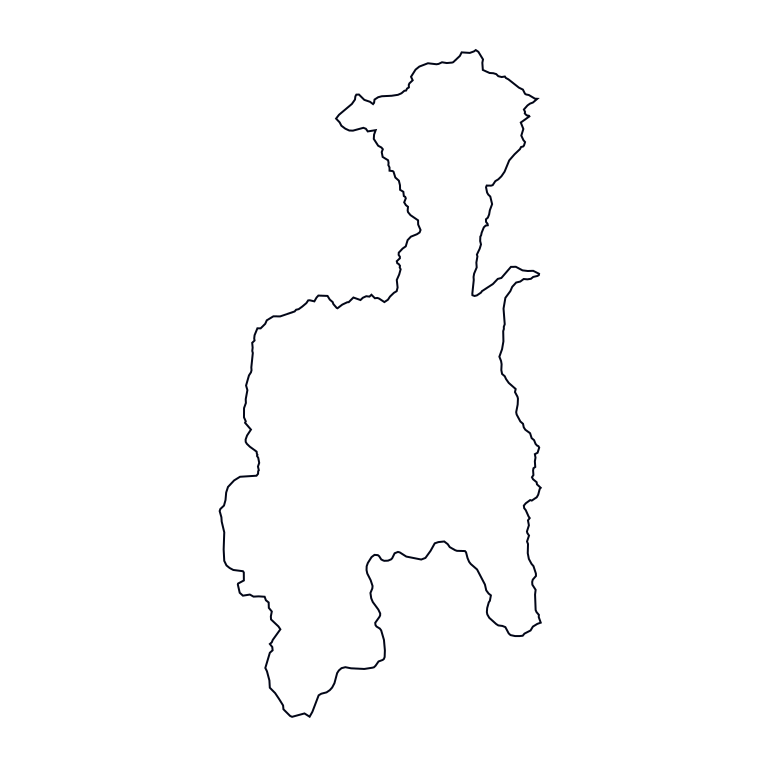 outline of Sephu, Wangdi Phodrang, Bhutan, rotated 176°
{"feature_id": "84629894B46369829894621", "entity_name": "Sephu", "entity_type": "district", "adm_level": 2, "iso_a3": "BTN", "parent_name": "Bhutan", "parent_adm1": "Wangdi Phodrang", "projection": "mercator", "projection_center": [90.34, 27.763], "detail": "fine", "context": "isolated", "style": "outline", "palette": "ink", "viewbox_px": 768, "rotation_deg": 176, "n_neighbors": 0, "source": "geoboundaries", "source_scale": "gbopen_adm2", "svg_char_len": 6147}
<svg xmlns="http://www.w3.org/2000/svg" viewBox="0 0 768 768"><g transform="rotate(176 384 384)"><path d="M498.9,58.4L486.3,60.9L481.4,57.3L478.3,62.0L470.9,78.0L468.2,79.4L462.8,80.4L459.4,82.4L456.9,84.8L454.3,89.0L450.9,98.9L449.0,101.4L446.2,103.5L442.3,104.2L436.8,102.7L423.5,101.1L415.4,101.8L413.8,102.1L412.1,103.5L408.8,107.6L404.6,108.8L403.3,109.7L402.4,111.6L401.7,118.2L401.9,128.7L404.0,138.4L405.2,140.3L408.4,142.6L409.3,144.1L409.4,146.4L404.8,152.0L404.0,153.4L403.8,155.4L405.4,159.4L410.4,167.3L411.7,171.2L412.1,176.5L409.9,180.9L409.5,183.3L411.0,189.2L413.9,196.1L414.4,199.6L414.0,203.4L412.6,206.6L408.5,212.2L405.4,214.2L402.1,213.7L400.8,212.5L399.0,209.2L397.6,208.3L396.1,207.6L392.3,207.5L389.1,208.6L388.0,209.6L385.2,214.4L381.8,215.5L380.0,214.9L373.8,210.3L359.1,206.3L354.8,207.6L349.2,214.3L344.5,221.5L340.8,222.5L334.9,222.7L331.6,219.8L329.8,216.7L324.7,213.3L322.9,212.5L314.9,211.7L313.9,210.4L312.8,204.5L311.5,200.7L310.0,198.4L304.1,192.5L297.3,176.9L296.4,171.0L294.3,167.7L292.1,165.7L293.5,160.4L294.7,158.9L296.7,153.3L297.3,149.3L297.0,146.9L295.3,143.4L288.8,136.7L286.8,135.2L282.8,134.4L279.9,133.0L277.0,126.5L275.3,124.7L270.8,123.4L266.2,123.1L263.2,123.2L261.3,125.2L255.0,127.9L252.4,131.6L247.8,134.0L244.3,135.0L245.9,140.7L245.6,142.9L247.7,145.7L248.5,147.9L248.0,163.4L247.1,168.1L250.0,173.4L250.0,176.2L249.2,178.5L245.8,181.9L245.7,184.3L247.6,191.9L249.4,194.3L251.7,199.4L252.4,205.2L251.5,214.3L252.3,216.9L249.9,222.7L251.4,225.3L251.7,226.9L249.3,232.9L249.9,237.9L248.0,240.1L249.0,241.7L251.4,248.3L252.8,250.3L253.0,252.9L250.9,255.1L246.3,258.0L244.7,257.4L239.5,260.4L237.9,262.8L236.0,268.4L234.9,269.5L238.4,273.2L238.6,275.4L242.0,278.6L242.9,280.7L241.3,282.7L241.3,287.3L240.8,289.5L238.9,290.7L238.9,296.4L238.0,299.9L238.4,303.5L235.6,304.7L233.6,309.7L234.3,311.2L235.6,311.9L237.0,313.7L238.2,317.5L240.5,319.7L241.7,324.7L246.2,328.5L247.6,331.0L248.1,334.6L250.6,337.1L253.8,344.3L254.1,346.7L252.1,354.1L251.4,360.0L251.7,361.9L253.9,366.8L253.0,369.8L259.5,376.4L261.9,380.4L263.0,383.3L265.5,385.8L266.0,389.7L265.3,395.6L265.6,398.7L267.0,403.2L263.8,410.5L261.9,418.2L261.4,428.4L260.6,430.5L260.5,432.7L259.4,435.2L259.5,450.9L256.9,461.5L251.5,467.8L249.3,472.0L245.1,476.0L240.9,476.7L237.3,479.0L233.7,478.4L230.1,478.7L227.7,480.4L223.3,481.1L221.9,481.9L221.6,483.1L227.3,486.5L232.7,486.7L237.9,487.7L244.3,491.7L249.2,492.0L259.5,481.6L263.2,480.9L268.3,476.2L279.8,469.8L280.9,468.4L285.2,465.9L287.5,465.5L289.6,466.4L289.6,467.9L287.2,481.5L287.2,484.5L286.4,487.8L283.4,493.8L283.4,498.7L281.9,504.8L282.3,506.6L279.1,512.3L277.5,516.5L278.1,519.9L277.6,524.4L276.8,525.4L276.0,528.2L273.5,533.3L271.6,534.9L269.4,535.1L269.5,536.5L270.9,538.6L270.8,541.2L268.8,542.7L267.3,545.8L266.3,549.9L263.6,555.9L264.9,563.6L266.8,565.7L267.8,567.8L268.5,573.2L267.7,574.8L263.4,574.4L261.7,574.8L258.8,578.6L255.7,580.2L252.4,583.0L248.9,587.4L243.5,598.3L237.8,604.0L232.0,608.8L230.8,610.8L228.5,611.3L227.7,612.2L226.4,615.5L227.9,617.5L229.7,622.2L227.2,628.7L229.3,635.3L220.3,640.8L220.6,641.4L223.0,642.1L224.7,644.1L224.3,645.6L225.3,648.1L221.4,651.9L218.8,653.5L215.8,654.4L211.2,657.8L213.5,658.1L219.4,662.2L222.0,662.9L223.1,663.7L224.9,668.0L228.7,670.2L238.6,679.2L241.1,680.8L242.0,682.3L245.2,682.0L248.5,683.1L250.4,685.3L253.3,686.4L257.0,686.9L263.5,690.4L263.5,697.6L262.6,700.9L266.7,708.8L269.2,710.7L271.1,709.5L275.3,708.3L283.4,709.4L285.4,706.0L292.5,700.2L293.6,699.9L299.0,699.8L303.7,700.9L307.2,699.5L309.3,699.3L317.8,700.9L326.6,698.2L330.6,695.4L335.6,688.6L334.2,685.0L337.7,682.1L338.4,680.7L338.5,678.1L340.4,677.1L341.5,675.2L343.2,675.1L346.3,672.8L349.9,671.5L356.3,671.0L366.1,671.2L369.8,670.5L373.6,668.4L374.3,665.2L375.4,664.0L378.3,666.5L383.8,668.8L388.8,674.5L391.4,674.6L392.5,672.9L393.1,669.8L396.5,665.6L410.1,655.7L413.3,652.1L410.0,648.1L408.5,644.6L404.8,641.4L401.0,639.3L397.3,638.9L386.7,641.0L384.3,639.9L382.6,637.1L374.6,637.8L376.5,633.5L377.1,629.2L373.2,622.1L370.1,620.1L368.8,618.3L370.1,615.5L369.5,610.6L364.3,606.9L364.0,604.2L364.4,602.1L363.4,599.6L363.6,596.4L360.5,595.8L359.7,595.1L358.3,589.2L355.0,585.8L354.2,581.2L354.4,576.6L351.3,574.4L351.1,570.1L349.8,569.2L349.3,567.7L351.2,563.8L349.7,560.9L347.7,559.1L348.3,555.3L348.0,553.7L345.8,550.6L338.6,544.9L338.8,540.7L336.8,535.1L337.9,532.7L340.7,531.1L346.9,529.1L350.4,525.9L352.7,519.8L356.0,517.8L360.1,514.0L360.4,511.8L359.3,509.9L359.4,508.3L362.7,505.6L362.3,503.5L361.0,502.7L359.8,500.8L360.2,499.2L359.4,497.3L361.2,492.2L364.0,486.9L363.7,479.3L364.9,475.7L367.7,474.3L371.9,470.8L374.2,467.8L377.9,465.7L383.0,469.6L384.6,470.3L387.1,470.2L390.3,473.9L392.4,472.2L395.6,472.8L399.1,471.5L401.6,469.4L408.5,472.4L413.5,468.1L415.0,468.1L420.1,466.1L425.1,462.8L425.9,463.2L428.9,467.2L429.5,469.3L432.2,472.0L434.2,475.8L443.3,476.8L445.3,474.9L447.7,471.3L452.2,472.7L453.8,472.7L455.8,470.1L460.2,466.9L463.9,464.6L466.5,464.2L468.1,462.6L482.8,458.7L489.7,459.2L496.5,455.7L498.3,452.3L503.2,448.1L506.4,448.4L509.7,441.7L510.3,438.5L510.1,436.4L512.6,434.3L512.5,429.4L513.1,426.2L512.7,424.1L515.2,409.8L515.2,407.0L515.9,404.9L518.1,402.0L521.7,392.1L520.7,387.4L523.0,378.5L523.1,374.7L525.3,369.7L526.0,360.5L524.5,356.4L525.3,355.0L519.9,347.8L524.2,342.2L525.9,338.3L526.0,335.9L525.0,333.9L522.2,330.8L515.8,325.4L515.7,323.2L515.2,322.2L515.7,321.1L514.6,319.1L514.0,314.0L515.5,310.4L514.9,306.7L515.6,305.8L515.9,303.2L517.6,301.4L534.1,301.5L540.2,298.3L546.8,292.2L549.0,286.8L550.2,279.3L552.1,273.9L556.0,270.7L556.8,268.7L555.5,262.4L555.5,258.0L553.7,247.2L555.5,230.1L555.7,218.7L553.8,214.0L550.8,211.2L547.3,209.0L537.8,207.1L537.0,205.8L537.5,197.8L543.5,195.1L543.8,194.1L542.5,185.8L539.5,182.7L532.5,183.3L529.0,181.0L523.8,180.9L517.9,180.1L516.9,176.5L514.3,174.1L514.5,168.7L511.8,164.9L513.1,160.0L513.1,157.0L506.2,149.5L504.5,146.5L512.8,136.5L514.0,134.1L516.0,132.6L513.8,129.4L513.7,126.1L516.6,123.9L522.2,109.0L520.8,105.6L519.0,96.3L519.1,89.0L514.2,83.3L510.8,77.4L507.1,70.4L507.0,66.5L500.8,59.4L498.9,58.4Z" fill="none" stroke="#020617" stroke-width="2"/></g></svg>